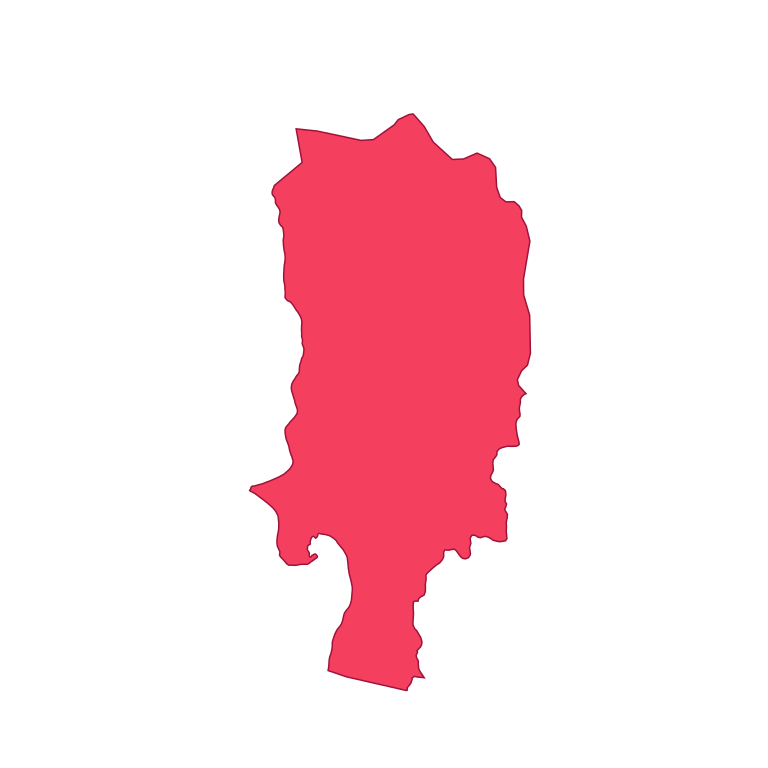 outline of Karmir, Gegharkunik, Armenia, rotated 51°
{"feature_id": "60910142B90177126374214", "entity_name": "Karmir", "entity_type": "district", "adm_level": 2, "iso_a3": "ARM", "parent_name": "Armenia", "parent_adm1": "Gegharkunik", "projection": "albers", "projection_center": [45.299, 40.582], "detail": "fine", "context": "isolated", "style": "filled", "palette": "rose", "viewbox_px": 768, "rotation_deg": 51, "n_neighbors": 0, "source": "geoboundaries", "source_scale": "gbopen_adm2", "svg_char_len": 6170}
<svg xmlns="http://www.w3.org/2000/svg" viewBox="0 0 768 768"><g transform="rotate(51 384 384)"><path d="M160.7,344.4L161.2,344.8L161.9,346.0L162.7,347.6L163.3,348.7L164.0,349.7L165.3,350.9L166.6,351.5L168.2,351.6L169.8,351.5L170.7,351.6L172.2,352.3L173.0,352.8L174.5,354.1L175.1,354.4L176.8,354.8L178.0,354.9L180.3,355.0L182.8,355.4L183.9,355.9L185.3,356.9L186.1,357.8L188.2,360.5L189.0,361.3L190.3,362.6L192.1,363.9L193.8,364.3L196.0,364.5L197.6,364.1L198.7,364.3L199.8,364.7L202.5,366.3L203.6,367.1L205.1,368.0L206.4,369.1L207.8,370.8L209.2,372.1L213.2,375.0L218.1,378.0L219.7,378.6L221.9,380.1L223.0,380.7L224.2,381.9L224.9,382.3L226.5,384.1L227.7,385.3L228.3,386.1L229.5,387.2L230.7,388.5L233.3,390.7L234.4,391.8L236.9,394.0L239.0,395.6L240.7,396.9L242.4,397.7L243.3,398.2L244.3,398.7L245.5,399.4L248.2,401.5L249.8,402.4L253.0,405.1L254.1,406.2L254.8,406.6L257.0,406.6L258.2,406.6L259.4,406.1L260.3,405.6L261.1,405.2L262.8,404.9L266.7,405.1L271.6,405.7L273.7,405.7L276.1,406.1L277.5,406.2L278.5,406.4L280.5,407.0L281.6,407.3L283.8,408.6L284.8,409.3L285.6,410.2L288.5,412.8L290.6,414.5L292.8,416.0L295.0,418.0L296.5,418.7L298.1,419.4L298.8,419.8L300.8,421.9L301.4,422.2L302.2,422.6L305.6,423.7L306.4,424.2L307.8,425.4L310.8,428.6L311.5,429.7L312.0,430.9L312.1,431.6L312.6,432.3L313.5,433.4L315.7,436.7L316.7,438.1L318.8,440.1L320.1,441.2L320.9,441.9L321.5,442.8L322.0,443.7L322.3,444.4L322.5,446.3L323.0,447.8L324.1,450.8L324.5,452.3L325.3,454.2L325.9,455.4L326.6,456.3L327.9,457.8L328.7,458.5L330.5,459.7L332.2,460.5L340.7,463.9L343.2,465.2L348.9,467.2L349.8,467.7L351.3,469.0L351.7,469.5L352.4,470.7L353.4,474.0L354.1,478.6L354.4,480.8L355.1,483.3L355.4,485.4L355.8,487.1L356.1,487.9L356.5,488.5L356.8,489.1L357.5,489.8L358.4,490.6L360.2,491.9L362.3,493.1L365.1,494.6L367.3,495.4L369.7,496.1L372.6,497.2L376.0,499.0L378.7,500.1L380.1,500.7L382.8,501.4L383.5,501.7L384.4,502.3L386.3,502.8L388.4,504.8L388.8,505.4L389.5,506.9L390.2,508.9L390.5,509.9L390.7,510.9L390.9,513.1L391.0,515.2L391.1,517.8L391.0,519.1L390.1,524.2L388.8,529.1L387.0,535.3L386.3,537.1L385.7,539.2L384.7,542.1L383.0,545.8L381.7,548.9L381.0,549.8L380.5,550.7L380.4,551.5L380.5,552.0L380.8,552.6L381.7,553.7L381.9,554.3L382.0,555.3L382.3,555.5L383.2,555.3L384.1,554.8L388.3,553.1L389.4,552.8L393.6,551.8L397.4,550.8L403.6,549.4L408.2,548.6L410.6,548.3L413.6,548.2L414.9,548.3L417.6,548.8L419.7,549.3L420.7,549.9L425.7,553.2L427.9,555.0L429.4,556.2L430.8,557.6L432.7,559.6L434.2,561.6L437.5,565.0L440.0,567.1L442.1,568.5L443.9,569.2L448.6,570.4L449.8,571.3L450.4,572.1L451.1,572.7L451.6,573.0L453.2,573.2L456.8,572.9L462.1,572.7L463.2,572.6L464.6,572.1L465.2,571.6L467.3,569.0L468.3,568.0L469.2,566.9L470.1,565.4L471.5,562.7L472.5,561.2L474.2,559.0L475.0,558.2L475.8,557.1L476.1,555.9L476.3,554.6L476.2,553.2L476.5,550.5L476.6,546.8L476.8,545.9L476.7,545.1L476.5,544.7L476.0,544.3L475.2,544.1L474.4,544.1L473.2,544.2L472.7,544.6L472.4,545.3L472.2,546.0L472.2,546.7L471.9,547.9L472.2,549.0L472.4,549.8L472.2,550.2L471.9,550.4L470.9,550.3L470.4,550.2L470.0,549.9L468.9,548.8L468.5,548.4L467.8,548.3L465.4,548.0L464.7,547.8L464.1,547.5L462.4,545.8L462.1,545.4L461.6,544.6L461.6,544.1L462.0,543.1L462.1,542.5L461.9,541.9L461.6,541.6L461.1,541.4L460.2,540.7L459.7,540.1L458.2,538.0L457.7,536.6L457.6,536.0L457.6,535.5L457.8,535.0L458.0,534.7L458.3,534.5L459.0,534.3L460.6,534.3L460.8,534.2L460.9,533.6L460.7,532.1L459.1,529.5L459.0,529.1L459.1,528.8L459.4,528.4L459.9,528.0L461.9,526.4L464.1,524.3L466.8,522.3L468.1,521.6L469.7,521.0L473.2,520.0L475.6,519.7L477.8,520.0L478.8,520.1L487.2,520.0L491.7,520.7L494.1,521.2L495.5,521.7L496.6,522.3L501.6,525.5L504.5,527.5L510.2,530.8L515.4,533.1L521.6,536.3L524.2,538.3L527.1,541.1L531.8,545.7L534.2,549.2L535.1,551.1L535.6,552.8L536.3,556.2L536.9,558.2L537.2,559.0L538.2,560.5L539.9,562.7L540.6,563.5L542.0,565.3L543.5,567.9L543.9,568.7L544.5,570.7L544.7,571.7L544.9,573.0L545.4,575.0L546.3,577.1L547.4,579.5L548.8,581.8L551.3,585.6L552.2,586.7L553.0,587.4L555.1,589.1L556.9,590.9L558.9,593.3L560.1,594.9L562.1,598.2L563.5,599.8L565.9,602.1L568.5,604.4L571.5,607.8L588.0,597.4L636.3,559.5L636.6,558.8L634.6,556.8L634.0,553.8L633.5,551.6L632.3,549.7L631.4,548.2L630.1,547.1L630.3,544.5L633.0,542.2L635.3,539.8L637.6,537.6L630.1,536.9L627.6,536.4L625.6,535.2L624.2,534.3L620.9,531.7L617.6,531.0L615.3,530.0L614.5,528.6L613.5,526.7L612.0,526.2L611.3,521.0L610.3,518.9L608.3,516.8L604.2,515.0L596.4,513.8L593.3,514.1L589.7,513.2L587.1,511.2L581.2,505.7L577.6,503.1L574.2,500.5L571.8,498.2L572.4,496.2L574.2,494.3L573.4,493.3L572.6,491.8L572.6,488.9L573.3,485.8L571.4,482.6L569.4,480.8L565.6,477.9L562.1,474.0L558.9,471.7L558.2,469.5L557.8,463.4L557.6,457.2L558.1,453.4L557.2,449.1L555.8,446.3L552.2,443.4L551.2,441.2L554.1,438.0L555.5,435.0L556.8,433.2L559.4,432.7L562.3,433.0L566.7,433.1L569.0,432.6L571.1,430.8L572.1,427.7L571.2,424.8L570.0,423.4L564.8,420.4L563.7,418.5L562.4,416.7L558.2,414.3L556.8,411.0L559.1,408.3L562.3,407.3L564.1,405.8L565.4,402.4L566.8,400.5L569.0,399.2L571.9,398.1L574.0,397.6L576.2,396.0L579.0,393.8L581.1,390.6L582.3,388.2L581.6,385.9L579.9,384.7L574.9,381.3L572.1,378.7L568.7,376.3L565.6,372.6L563.0,370.1L559.5,369.6L557.4,369.2L555.9,366.4L554.4,364.2L551.8,363.9L549.4,362.1L547.3,359.4L544.0,357.1L542.8,356.8L540.7,357.1L539.6,358.0L537.5,358.3L535.4,358.3L533.5,358.6L531.7,359.8L527.9,361.3L524.6,360.8L522.5,358.8L521.1,355.6L519.8,353.2L514.1,349.3L511.7,346.9L510.9,343.5L510.2,341.1L507.5,338.5L506.9,335.2L507.8,332.1L510.1,327.1L512.8,324.1L514.7,321.5L515.9,319.7L516.1,317.1L514.4,315.8L507.8,312.8L502.4,309.7L497.7,306.4L495.3,303.1L494.7,298.8L493.0,297.2L490.8,296.0L488.0,294.2L484.3,289.7L481.8,287.8L480.7,285.6L480.3,282.1L480.9,279.7L469.9,280.3L464.5,277.6L460.3,268.7L459.6,260.6L452.3,250.9L422.2,227.5L402.5,219.3L390.2,209.5L364.8,180.7L350.9,174.1L340.8,172.1L335.8,167.8L330.4,167.0L324.2,168.1L319.1,174.7L312.2,176.3L302.1,172.7L285.9,161.0L275.4,160.2L263.1,166.4L259.1,180.7L252.5,189.6L227.0,193.5L209.2,190.7L192.5,191.4L190.4,194.8L187.5,206.5L189.0,213.1L187.4,238.4L180.4,248.4L145.4,276.7L130.4,291.7L160.3,308.2L160.7,344.4Z" fill="#f43f5e" stroke="#9f1239" stroke-width="1.5"/></g></svg>